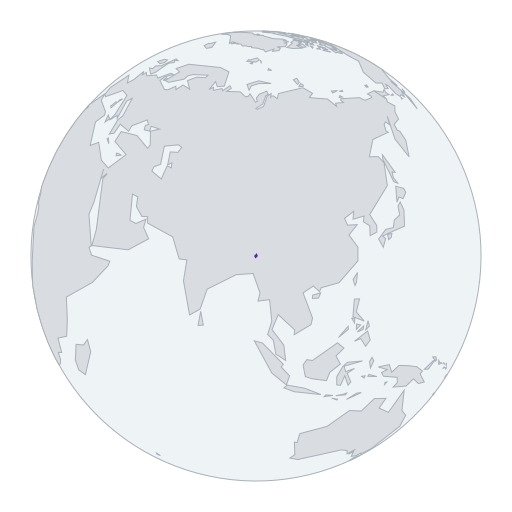 Mongar highlighted on a globe, orthographic projection, rotated 12°
{"feature_id": "BTN-2490", "entity_name": "Mongar", "entity_type": "District", "adm_level": 1, "iso_a3": "BTN", "parent_name": "Bhutan", "parent_adm1": "", "projection": "orthographic", "projection_center": [91.21, 27.259], "detail": "fine", "context": "on_globe", "style": "filled", "palette": "violet", "viewbox_px": 512, "rotation_deg": 12, "n_neighbors": 0, "source": "natural_earth", "source_scale": "10m", "svg_char_len": 11080}
<svg xmlns="http://www.w3.org/2000/svg" viewBox="0 0 512 512"><g transform="rotate(12 256 256)"><circle cx="256" cy="256" r="225" fill="#eef3f6" stroke="#a8b0b8"/><path d="M342.5,48.0L340.5,47.6L349.3,54.7L358.8,60.0L351.4,57.0L374.1,69.9L383.2,78.6L368.7,67.1L364.0,64.8L368.1,69.4L364.2,68.1L363.9,69.9L358.8,68.1L350.7,62.3L347.3,61.2L350.4,64.7L347.2,65.6L343.2,60.6L337.3,61.9L322.7,53.8L316.0,44.2L303.7,40.6L285.8,33.9L283.2,34.0L274.8,32.5L268.7,32.3L267.1,31.8L263.6,32.3L266.3,32.9L265.6,33.5L262.3,33.6L259.6,32.7L260.9,32.5L258.4,32.3L258.5,31.9L256.6,32.2L253.8,31.4L251.6,32.5L245.2,32.3L244.7,31.7L251.3,31.3L261.7,30.8L278.3,31.8L294.8,34.1L311.0,37.5L327.0,42.2L342.5,48.0ZM236.4,31.6L229.1,32.3L223.6,33.1L236.4,31.6ZM366.6,64.5L363.9,62.1L367.9,65.0L366.6,64.5ZM364.7,70.5L366.7,71.7L365.7,72.1L364.7,70.5ZM246.8,30.9L246.1,30.9L243.6,31.1L244.4,31.0L246.8,30.9ZM357.0,70.1L354.8,70.7L355.7,69.0L357.0,70.1ZM240.9,31.3L250.2,30.8L253.3,30.8L251.3,31.1L240.9,31.3ZM352.6,70.5L347.2,72.8L351.3,75.5L336.8,69.9L346.2,69.4L346.6,66.6L349.1,69.2L352.6,70.5ZM268.5,33.1L265.6,32.4L271.1,32.9L268.5,33.1ZM272.3,33.3L290.2,35.3L292.9,36.8L286.3,35.6L292.3,37.9L284.8,37.6L279.8,36.3L279.6,35.3L276.9,36.1L272.3,33.3ZM329.7,66.7L327.3,66.6L328.3,65.6L329.7,66.7ZM265.8,33.8L269.2,33.8L271.7,35.1L265.4,35.2L266.6,34.7L265.8,33.8ZM297.5,38.9L298.3,40.1L292.4,40.1L292.0,40.7L284.8,37.8L297.5,38.9ZM264.3,34.5L262.1,35.3L257.9,35.0L262.6,33.8L264.3,34.5ZM275.1,35.4L276.0,36.1L273.4,35.7L275.1,35.4ZM241.6,34.9L245.6,34.6L247.2,35.1L241.6,34.9ZM261.6,35.6L263.1,35.8L264.2,36.1L261.9,36.6L261.6,35.6ZM281.2,38.2L278.5,38.1L283.8,39.3L279.6,39.7L275.6,37.9L275.6,38.8L274.3,39.0L272.4,37.4L281.2,38.2ZM262.9,38.0L256.4,36.4L248.6,36.7L246.9,36.1L259.7,35.8L262.9,38.0ZM268.7,37.7L264.7,37.7L264.6,36.8L267.2,36.3L268.7,37.7ZM278.2,40.8L285.7,40.6L286.3,41.1L278.2,40.8ZM260.7,38.2L262.3,38.7L260.1,38.4L260.7,38.2ZM272.8,40.1L275.4,39.9L276.0,40.4L272.8,40.1ZM263.4,39.9L261.3,39.2L263.0,38.7L263.4,39.9ZM267.8,40.1L268.0,40.9L264.9,39.0L268.8,39.9L267.8,40.1ZM273.0,40.6L274.2,40.8L271.9,40.6L273.0,40.6ZM258.2,42.4L253.8,40.1L257.6,38.9L261.3,41.2L258.2,42.4ZM61.2,142.9L74.6,128.6L72.2,135.7L78.8,146.3L78.5,149.9L71.1,158.2L70.8,182.4L78.5,177.5L84.8,194.4L93.2,200.6L107.9,183.9L94.2,173.3L98.3,162.3L114.5,162.9L127.5,173.2L129.5,169.4L126.8,155.9L135.4,151.9L126.5,150.9L126.0,156.0L120.4,155.8L120.6,151.2L123.6,149.8L121.3,145.5L107.5,154.4L105.4,160.5L95.9,155.3L91.6,165.4L87.1,167.3L92.7,151.2L96.4,146.9L102.2,127.5L97.4,131.3L91.6,150.2L90.9,147.3L84.4,153.6L88.8,146.5L96.4,125.8L91.5,121.7L75.6,131.5L74.8,128.9L78.6,121.4L94.1,105.5L94.2,113.5L99.7,108.9L108.0,98.7L107.3,102.3L110.7,99.4L111.6,102.5L121.0,99.7L123.1,102.3L134.7,95.0L137.3,95.6L129.7,99.6L125.5,104.2L131.7,112.1L135.2,111.8L142.3,106.6L143.1,109.9L149.1,103.9L156.5,106.6L152.5,98.7L160.7,93.4L169.5,92.1L171.5,89.2L157.2,91.5L152.1,93.8L148.9,98.0L134.5,104.3L130.6,103.2L143.0,91.8L138.9,89.3L150.4,82.4L182.1,79.0L191.2,81.5L189.7,96.4L183.0,98.4L180.2,93.8L175.5,102.8L179.4,99.8L180.0,102.8L188.0,99.3L188.9,101.4L195.1,94.9L197.0,97.1L193.1,101.1L206.5,98.7L212.7,102.6L215.4,101.2L216.4,98.6L223.6,105.7L225.2,104.4L223.5,101.5L225.6,97.1L232.2,92.5L234.3,95.2L232.2,97.2L231.0,106.0L225.2,111.6L226.7,112.3L232.3,108.1L233.7,97.4L237.1,93.9L237.3,98.7L237.5,96.6L239.8,95.8L244.1,97.7L244.2,92.4L266.9,81.7L277.5,85.1L275.2,90.0L293.3,87.6L303.7,92.9L302.1,90.0L309.7,87.7L306.5,86.0L306.3,84.5L324.4,79.6L330.2,81.1L336.2,77.0L335.4,75.7L331.3,74.3L336.8,69.9L351.3,75.5L352.4,78.0L360.6,80.3L362.0,86.2L367.0,92.5L363.8,98.5L368.0,103.6L370.7,104.0L378.5,111.7L385.1,127.2L367.6,112.7L355.4,92.0L359.4,99.9L354.9,97.8L354.0,100.6L357.1,106.6L359.7,107.4L346.1,117.7L346.2,135.4L355.0,133.4L361.9,138.2L369.8,159.8L358.6,191.8L367.7,201.0L369.2,207.5L363.4,212.4L361.0,202.8L353.8,200.1L353.4,194.4L343.3,199.9L342.2,192.0L334.8,200.8L339.1,206.8L348.5,204.3L342.6,216.1L353.9,226.3L356.7,239.6L342.7,264.9L326.3,273.5L325.6,277.7L318.3,273.4L309.7,282.3L324.2,304.9L324.1,311.6L309.7,325.1L309.2,320.2L289.9,308.7L287.0,324.7L301.7,337.3L306.7,352.0L295.8,347.8L290.5,334.8L283.7,330.3L285.0,316.5L278.4,295.9L267.3,299.7L267.6,291.3L256.8,273.7L240.5,278.4L215.1,298.6L212.4,319.5L203.3,327.5L190.2,295.3L189.2,274.2L181.5,274.8L170.5,254.6L143.1,246.3L141.8,240.1L136.1,241.0L128.8,232.6L128.0,222.7L122.3,221.1L125.3,247.3L131.7,249.2L140.7,242.8L140.1,251.4L147.4,261.5L129.7,276.5L93.3,279.9L94.3,263.6L90.1,212.0L92.7,207.8L92.9,207.2L93.1,206.2L88.1,212.5L88.9,202.7L86.3,236.7L83.9,249.9L92.8,280.6L90.8,282.2L95.0,289.4L114.1,291.5L113.2,296.5L101.4,315.9L79.0,335.6L84.7,357.6L87.5,373.8L79.4,377.5L86.0,390.8L82.7,391.3L86.4,398.1L87.1,402.2L86.0,403.4L81.2,398.1L70.6,384.0L61.2,369.1L52.9,353.5L43.8,331.4L40.8,319.5L38.1,307.1L32.7,273.5L33.6,260.6L33.3,252.4L32.1,249.5L32.4,239.7L32.1,236.8L32.0,231.7L34.9,213.1L39.2,194.8L45.1,176.9L52.4,159.5L61.2,142.9ZM61.6,143.9L59.4,147.3L61.6,143.9ZM136.5,194.6L147.3,200.3L150.4,186.2L154.9,187.4L154.3,182.4L150.6,185.2L150.5,172.0L158.0,170.9L160.8,165.4L157.3,163.3L143.5,167.7L143.6,186.2L137.7,189.9L136.5,194.6ZM128.7,82.7L126.3,85.7L122.0,87.9L119.4,86.2L125.6,82.7L128.7,82.7ZM123.9,89.6L136.9,79.8L139.1,81.1L135.6,81.9L135.8,83.7L130.3,85.7L119.6,97.1L115.1,100.0L112.7,94.2L116.0,94.2L118.2,91.0L123.9,89.6ZM166.4,58.0L172.1,55.2L169.4,61.2L164.4,63.2L161.5,61.1L165.6,57.7L166.4,58.0ZM235.7,32.6L238.1,32.2L238.8,32.3L237.4,32.7L235.7,32.6ZM243.3,34.7L226.2,34.8L228.1,34.2L215.9,35.7L216.0,34.9L223.8,33.8L214.8,34.8L221.9,33.5L215.2,34.5L232.8,32.2L238.8,31.5L232.0,32.4L231.8,33.0L233.5,33.1L242.9,33.1L255.9,32.7L257.7,33.8L255.6,34.7L252.8,34.9L252.4,34.0L248.9,35.1L246.3,34.0L243.3,34.7ZM229.6,52.4L230.4,49.9L222.8,54.4L220.2,52.3L219.5,53.0L215.0,52.4L208.2,53.1L208.0,51.9L205.5,52.7L202.4,52.6L198.9,53.4L197.2,51.8L192.8,52.7L194.5,51.5L187.3,53.7L191.9,51.4L188.4,51.4L185.8,53.6L185.4,45.7L181.7,45.2L176.0,46.3L184.7,42.9L195.6,40.1L206.1,38.6L208.5,40.0L212.0,38.5L214.2,38.9L210.5,39.9L217.4,38.7L218.2,39.3L227.7,39.8L237.2,38.3L240.9,38.7L237.5,39.7L243.5,39.5L239.7,41.7L242.3,42.2L241.1,45.1L233.2,47.1L236.6,47.6L235.9,50.2L229.6,52.4ZM257.5,43.2L248.7,45.4L242.9,45.6L247.4,40.5L245.6,39.8L248.3,37.1L256.6,37.2L255.1,37.8L255.6,38.6L252.8,38.2L255.3,39.1L253.3,40.2L254.8,41.2L251.5,41.5L257.5,43.2ZM82.3,148.3L82.8,150.2L84.5,152.1L80.5,156.4L82.3,148.3ZM87.1,134.2L88.2,134.9L83.3,141.3L82.7,139.6L87.1,134.2ZM92.9,130.1L88.6,134.4L90.6,131.1L92.9,130.1ZM131.1,100.2L132.8,100.9L131.3,102.3L128.5,103.6L131.1,100.2ZM206.6,67.5L208.0,65.5L209.5,65.4L216.1,62.0L218.5,63.6L215.5,66.3L206.6,67.5ZM103.2,185.3L98.3,187.1L98.1,184.4L99.8,184.3L103.2,185.3ZM87.0,171.2L88.7,176.8L85.9,172.3L87.0,171.2ZM210.4,68.7L212.8,67.0L212.5,68.9L210.4,68.7ZM220.7,64.7L221.1,66.6L219.6,63.4L220.7,64.7ZM199.6,469.4L204.0,471.1L200.4,470.5L199.6,469.4ZM114.2,384.0L113.8,407.6L106.3,404.2L100.9,395.2L98.4,379.8L105.9,378.9L108.5,372.7L114.2,384.0ZM359.5,379.3L365.5,379.1L365.2,380.0L359.5,379.3ZM353.2,377.3L360.3,376.4L351.9,379.4L353.2,377.3ZM363.0,376.1L370.1,373.1L373.2,371.1L372.5,373.1L363.0,376.1ZM348.4,378.0L321.5,380.8L310.7,379.2L313.4,375.8L330.9,375.2L348.4,378.0ZM312.5,375.7L295.8,367.2L272.0,339.3L280.5,339.8L305.3,356.3L303.7,359.3L313.8,366.3L312.5,375.7ZM352.4,354.4L350.8,363.3L336.1,364.4L329.3,363.7L324.7,352.8L327.3,346.8L332.9,346.5L353.8,324.0L361.2,327.8L355.0,337.2L361.0,344.1L352.4,354.4ZM213.4,321.6L218.8,334.5L213.8,336.0L213.4,321.6ZM361.6,308.5L353.6,318.6L360.7,305.6L361.6,308.5ZM365.5,296.4L366.3,301.0L362.6,297.0L365.5,296.4ZM325.9,284.2L320.0,285.8L319.6,282.5L326.9,278.6L325.9,284.2ZM358.7,251.0L359.7,260.8L359.0,264.3L355.8,258.8L358.7,251.0ZM235.0,84.1L223.1,86.7L216.1,90.5L214.8,95.3L211.5,90.0L222.3,84.1L235.0,84.1ZM262.7,81.5L263.9,77.9L266.8,79.2L266.9,80.2L262.7,81.5ZM261.0,79.6L256.0,75.9L258.8,73.7L262.2,77.0L261.0,79.6ZM232.8,71.2L229.0,71.7L229.3,70.1L232.8,71.2ZM389.5,437.0L393.3,433.1L399.0,429.5L393.2,434.4L389.5,437.0ZM379.8,427.9L339.2,446.4L331.2,446.6L335.3,442.1L332.2,430.0L335.0,429.9L335.8,420.6L360.9,407.9L379.6,387.7L391.2,385.8L401.4,370.9L412.7,368.2L408.0,379.2L418.0,381.4L428.8,356.5L430.9,376.8L435.5,380.7L432.0,392.6L409.0,420.2L399.5,428.0L399.5,427.1L395.1,430.6L390.8,432.2L392.0,427.2L387.5,430.5L393.4,424.3L386.2,430.6L385.6,427.4L379.8,427.9ZM458.1,353.5L458.7,353.0L458.4,354.8L457.5,356.0L458.1,353.5ZM466.2,334.8L466.2,335.6L465.8,336.6L466.2,334.8ZM466.1,334.8L467.1,331.9L466.4,334.2L466.1,334.8ZM464.6,327.4L465.3,325.6L465.5,326.3L464.6,327.4ZM374.3,377.5L383.0,369.2L387.4,367.7L374.3,377.5ZM464.1,325.7L462.5,326.9L462.9,325.5L464.1,325.7ZM464.6,322.6L464.6,320.9L465.0,324.3L464.6,322.6ZM461.9,321.3L463.6,322.8L461.6,321.8L461.9,321.3ZM460.6,322.7L459.2,322.4L459.4,321.8L460.6,322.7ZM441.0,337.1L446.8,344.3L441.4,347.0L435.6,343.4L429.8,352.0L417.4,355.7L420.6,350.7L419.3,345.3L405.7,347.1L403.0,343.9L408.0,339.8L398.7,339.1L409.0,334.5L412.9,341.5L418.6,333.3L427.9,331.6L436.4,330.9L442.7,333.9L441.0,337.1ZM408.5,352.6L410.2,352.1L408.5,355.0L408.5,352.6ZM456.5,320.1L458.5,322.4L458.2,323.6L457.1,323.8L456.5,320.1ZM444.2,331.8L451.2,321.5L452.7,320.7L448.0,330.8L444.2,331.8ZM449.8,318.0L452.8,317.2L454.2,320.1L453.5,321.5L449.8,318.0ZM387.6,350.5L387.1,352.9L384.3,351.7L387.6,350.5ZM391.2,348.3L399.3,348.8L390.4,350.4L391.2,348.3ZM365.1,345.4L367.7,350.5L375.8,345.5L369.6,351.7L374.9,359.6L372.9,363.3L367.7,354.7L365.5,364.9L361.8,365.3L360.1,357.2L363.9,346.0L367.5,341.0L382.0,336.5L365.1,345.4ZM391.2,341.7L389.0,335.7L390.6,331.0L393.0,333.9L391.2,341.7ZM382.0,321.5L375.6,315.0L370.1,318.9L380.8,306.2L385.2,314.5L382.0,321.5ZM376.0,305.6L370.9,309.2L375.9,302.0L376.0,305.6ZM369.4,306.9L368.5,301.6L372.7,301.6L369.4,306.9ZM378.7,305.4L379.0,296.0L381.5,301.0L378.7,305.4ZM365.7,289.8L375.3,297.1L363.4,295.3L361.2,277.6L366.2,276.4L365.7,289.8ZM382.4,212.5L380.2,207.6L384.2,205.6L384.5,209.5L382.4,212.5ZM395.1,196.0L384.5,203.5L375.7,210.2L379.2,211.9L378.7,221.0L372.4,213.8L377.4,203.0L384.4,199.6L383.8,192.1L388.0,186.1L384.5,177.5L385.8,173.2L391.1,180.2L395.1,196.0ZM382.7,174.0L378.2,158.7L386.4,159.2L389.3,162.6L387.9,169.3L383.6,168.6L382.7,174.0ZM379.5,155.3L375.3,154.7L359.8,134.7L358.6,130.7L374.8,145.3L371.7,145.6L374.0,150.7L379.5,155.3ZM328.9,68.0L327.4,66.8L330.0,67.6L328.9,68.0ZM304.4,83.6L304.6,81.7L307.5,82.5L304.4,83.6ZM306.6,77.1L303.2,77.6L306.0,76.0L306.6,77.1ZM295.5,79.0L301.4,77.2L297.1,80.6L295.5,79.0Z" fill="#d9dde1" stroke="#a8b0b8" stroke-width="1"/><path d="M256.3,254.7L256.4,254.8L256.7,255.2L256.7,255.3L256.7,255.5L256.8,255.6L256.9,255.8L256.6,256.1L256.6,256.3L256.6,256.5L256.4,256.7L256.2,256.8L256.0,257.0L255.9,257.1L255.8,257.3L255.7,257.2L255.5,256.9L255.3,256.8L255.2,256.6L255.3,256.4L255.3,256.2L255.2,256.1L255.1,255.9L255.1,255.7L255.3,255.5L255.5,255.4L255.8,255.4L255.8,255.5L256.1,255.3L256.2,255.2L256.2,254.9L256.3,254.9L256.3,254.7L256.3,254.7Z" fill="#8b5cf6" stroke="#5b21b6" stroke-width="1.5"/></g></svg>